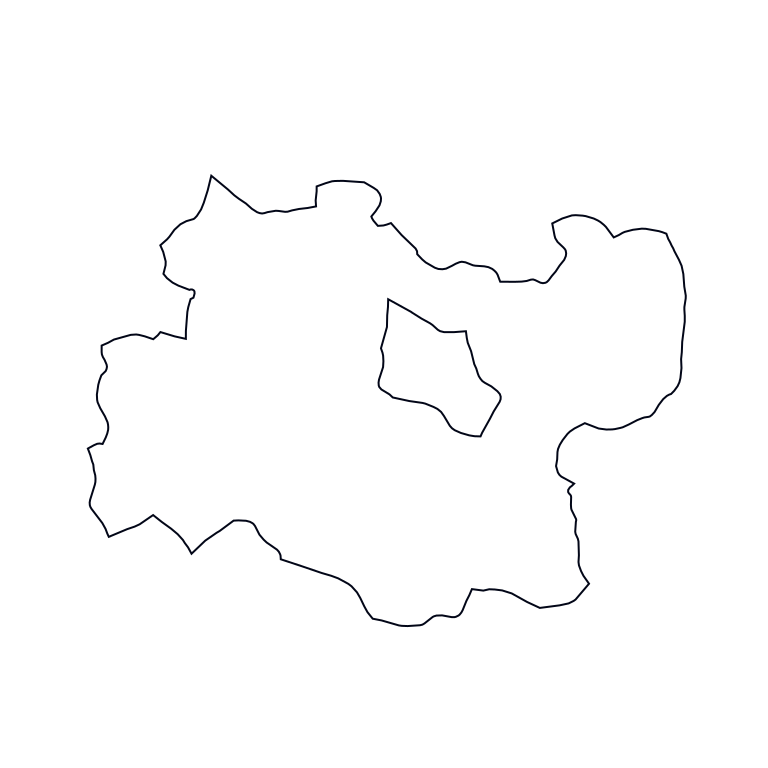 the Province of Töv, rotated 18°
{"feature_id": "MNG-3329", "entity_name": "Töv", "entity_type": "Province", "adm_level": 1, "iso_a3": "MNG", "parent_name": "Mongolia", "parent_adm1": "", "projection": "mercator", "projection_center": [106.662, 47.753], "detail": "fine", "context": "isolated", "style": "outline", "palette": "ink", "viewbox_px": 768, "rotation_deg": 18, "n_neighbors": 0, "source": "natural_earth", "source_scale": "10m", "svg_char_len": 5086}
<svg xmlns="http://www.w3.org/2000/svg" viewBox="0 0 768 768"><g transform="rotate(18 384 384)"><path d="M595.6,420.0L594.2,422.7L592.7,424.9L591.9,427.8L592.5,429.8L593.7,430.9L595.1,431.6L596.2,432.4L596.9,433.6L599.1,441.1L600.4,444.4L601.2,445.7L608.4,453.1L608.9,454.1L609.1,455.9L611.5,465.4L612.6,467.4L616.2,471.3L617.6,473.6L622.3,486.7L624.0,493.2L625.5,496.3L629.2,501.0L633.0,504.8L640.7,510.6L632.8,529.8L631.4,531.7L627.4,535.6L619.3,540.3L601.4,548.8L587.5,547.1L570.2,543.7L560.2,543.8L552.9,545.2L547.5,546.7L542.3,549.8L531.0,551.9L530.4,558.5L529.4,564.7L528.7,574.7L528.2,577.4L527.2,580.0L526.4,581.2L524.3,583.2L523.0,584.0L520.4,584.8L510.8,586.1L505.5,588.0L503.3,589.5L502.3,590.5L496.5,599.2L494.9,601.0L492.8,602.3L481.3,606.9L475.7,608.5L472.8,609.0L454.8,609.6L445.8,610.7L438.8,606.1L434.0,601.6L427.5,594.8L422.7,590.5L415.6,586.4L411.8,585.1L400.5,583.0L393.0,582.7L383.2,583.0L361.5,582.7L340.0,582.6L338.6,579.1L337.8,578.0L335.8,576.0L333.4,574.6L321.4,571.0L317.6,569.2L312.1,565.8L305.2,558.9L303.0,557.4L301.8,557.0L299.2,556.5L295.1,556.7L287.7,558.7L283.2,560.4L273.1,574.6L270.8,577.2L262.4,588.2L253.4,604.9L248.1,599.9L243.7,596.8L241.0,594.5L234.2,590.6L226.3,587.4L215.4,583.9L204.9,580.0L195.0,592.9L190.9,596.7L184.6,601.4L169.5,614.4L167.1,611.8L164.0,607.9L159.1,603.3L144.5,593.2L142.8,591.7L141.7,590.2L140.7,587.7L140.3,585.0L140.1,569.1L139.8,566.4L138.9,563.2L137.6,560.1L134.7,555.6L132.4,550.4L130.3,547.8L126.7,542.4L122.3,536.9L127.0,531.9L129.7,529.5L131.9,528.5L134.9,528.0L135.9,520.8L136.1,516.6L135.8,512.8L135.1,510.3L134.1,507.9L132.9,505.8L128.6,501.0L121.6,494.7L117.3,489.9L116.1,487.8L114.2,482.8L112.5,473.0L112.3,468.6L112.5,463.1L115.3,457.7L115.5,455.5L115.2,453.2L114.2,451.3L110.8,447.4L108.3,445.2L106.6,443.1L105.6,440.9L103.6,434.7L108.8,430.1L113.4,425.2L128.0,415.5L133.0,413.5L135.8,413.0L141.7,412.6L150.7,412.7L153.8,407.6L155.3,403.7L170.1,403.4L181.6,402.3L179.2,394.8L174.7,376.2L174.1,371.4L173.8,363.0L176.1,360.8L175.9,356.5L175.2,354.7L174.6,354.0L173.8,353.6L172.2,353.4L170.8,353.9L169.9,354.6L158.1,354.0L151.6,352.9L144.9,350.4L140.2,347.4L139.6,338.6L138.5,334.9L133.2,326.6L128.4,321.2L133.0,313.4L134.4,310.2L137.0,302.1L141.0,295.0L145.7,290.2L152.0,285.9L152.8,284.7L154.1,282.0L156.1,274.5L156.6,267.3L156.5,254.3L155.4,239.3L175.4,247.2L183.3,250.8L188.8,252.7L196.9,255.0L204.2,258.2L210.2,259.8L212.9,259.9L215.4,259.5L217.5,258.4L220.2,256.5L227.5,252.7L230.2,252.0L236.8,250.8L239.1,249.9L242.9,247.3L249.1,243.8L257.0,240.2L264.5,236.1L262.3,230.6L260.4,221.6L258.9,216.9L266.4,211.1L271.9,207.3L274.6,206.1L282.1,203.5L302.8,198.3L313.7,200.7L317.6,201.9L321.2,204.6L323.1,207.0L323.8,208.4L324.5,211.2L324.5,215.5L322.6,222.4L320.2,228.6L321.4,230.1L323.5,231.9L329.3,235.5L334.5,233.4L337.4,231.5L340.9,228.8L354.7,236.9L372.2,245.4L374.4,247.5L375.5,250.3L381.8,253.7L386.1,255.5L396.4,257.7L400.1,257.8L404.1,256.8L407.4,255.1L412.1,250.6L415.0,247.5L418.2,244.8L420.2,243.7L423.9,243.1L431.9,243.6L434.2,243.3L443.0,241.1L447.2,240.6L451.4,241.1L454.0,242.1L456.3,243.3L458.2,244.9L462.9,250.8L476.5,246.5L483.2,244.1L487.9,241.9L491.4,239.4L493.5,238.5L495.7,238.5L501.5,239.3L504.0,239.0L506.3,237.8L507.3,236.8L508.5,234.6L510.2,229.5L512.5,224.0L514.4,217.1L517.0,210.3L517.4,206.2L516.9,203.5L515.6,201.0L514.6,200.0L512.4,198.7L505.2,195.3L501.9,192.5L500.3,190.1L494.4,179.3L502.4,171.5L510.6,165.6L514.1,164.2L520.9,162.5L524.0,162.0L532.3,161.8L536.9,162.4L539.8,163.1L543.9,164.7L546.5,166.0L557.2,173.6L561.3,169.8L564.1,166.6L566.0,164.9L573.1,160.4L581.2,156.6L585.1,155.5L598.1,153.7L601.7,153.6L606.1,153.8L609.5,158.2L612.4,160.9L614.7,163.4L617.1,165.6L619.2,168.0L626.1,174.7L630.5,179.6L634.7,186.9L639.5,198.6L643.7,206.7L644.5,209.4L645.9,218.0L646.7,220.5L649.0,226.3L650.8,231.9L654.6,251.8L657.4,261.7L658.9,268.6L662.0,276.9L664.1,286.8L664.4,291.1L663.9,295.3L662.1,300.8L660.1,304.8L658.6,305.9L656.7,307.9L654.2,312.1L651.8,318.9L650.0,327.0L648.3,330.7L646.9,332.7L645.9,333.4L641.9,335.4L640.1,336.7L636.0,340.1L629.3,346.9L624.4,351.4L622.4,352.7L617.6,355.5L615.0,356.7L609.5,358.6L601.9,360.0L587.1,359.2L578.9,367.4L575.5,371.8L573.9,374.8L571.3,382.0L570.0,387.4L569.6,392.0L570.0,395.1L572.0,402.2L573.0,408.9L576.7,414.4L578.9,416.2L581.3,417.3L595.6,420.0ZM421.0,316.4L418.4,315.8L411.9,312.9L408.9,312.0L399.5,310.2L387.7,307.2L388.3,307.2L361.8,302.1L364.0,309.6L365.8,317.6L369.2,328.9L370.1,351.0L372.9,354.7L374.4,357.3L376.4,362.5L377.9,368.2L377.9,381.4L378.4,384.4L379.5,387.1L380.4,388.3L383.2,390.0L392.5,392.2L396.5,394.1L413.3,392.4L426.5,390.1L429.3,389.9L438.1,390.5L442.5,391.2L446.9,392.9L450.8,395.8L459.5,403.4L462.4,405.1L465.6,406.1L472.3,406.8L480.9,406.5L486.2,405.7L492.0,404.0L492.4,400.0L495.5,384.3L496.8,376.2L499.5,365.2L499.6,362.5L498.9,360.0L497.3,357.8L494.0,355.8L486.8,353.1L479.5,351.7L476.6,350.8L474.1,349.2L471.8,347.3L470.0,345.1L467.0,340.8L463.7,337.2L456.7,325.9L450.9,318.9L448.5,314.6L445.6,308.5L434.4,313.1L425.1,316.1L421.0,316.4Z" fill="none" stroke="#020617" stroke-width="2"/></g></svg>